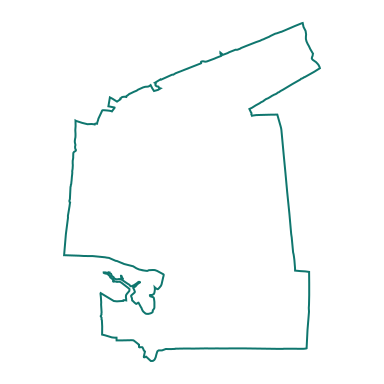 Schitu, Olt, Romania (Albers equal-area conic projection)
{"feature_id": "2599482B63035340455431", "entity_name": "Schitu", "entity_type": "district", "adm_level": 2, "iso_a3": "ROU", "parent_name": "Romania", "parent_adm1": "Olt", "projection": "albers", "projection_center": [24.557, 44.358], "detail": "fine", "context": "isolated", "style": "outline", "palette": "teal", "viewbox_px": 384, "rotation_deg": 0, "n_neighbors": 0, "source": "geoboundaries", "source_scale": "gbopen_adm2", "svg_char_len": 5858}
<svg xmlns="http://www.w3.org/2000/svg" viewBox="0 0 384 384"><path d="M309.1,271.9L305.3,271.4L300.3,271.1L295.1,270.6L295.0,267.7L294.4,260.2L294.0,257.0L293.6,254.4L293.1,252.3L291.7,237.4L291.2,234.1L289.4,213.8L287.2,192.2L285.4,172.5L283.8,155.9L281.4,130.0L281.1,128.2L280.7,126.6L277.3,114.6L270.2,114.7L258.8,115.0L256.1,115.1L252.4,115.6L252.0,115.8L251.3,114.3L251.5,113.4L251.3,112.7L250.9,112.2L249.4,109.0L251.9,107.8L255.7,105.4L259.9,103.1L260.6,102.5L263.4,101.1L264.0,100.5L266.0,99.1L268.2,98.2L271.0,96.5L271.5,96.1L273.2,95.2L274.1,94.7L275.7,94.1L277.0,93.3L277.8,92.6L279.1,92.1L280.4,91.1L283.0,89.7L292.3,84.1L300.4,79.5L301.0,78.8L302.0,78.5L303.7,77.6L304.1,77.2L304.9,77.0L314.0,71.9L319.9,68.2L319.5,66.9L319.1,66.1L318.5,64.9L317.6,63.8L316.0,62.1L312.7,59.8L311.9,58.7L311.8,58.3L312.0,57.2L312.6,55.8L312.8,54.4L313.0,53.6L312.7,53.2L310.3,49.1L308.9,46.1L307.7,44.0L306.5,41.4L305.9,39.0L305.9,36.9L306.1,34.4L305.6,31.0L303.5,26.9L303.0,24.5L302.7,23.0L301.9,23.2L294.7,26.1L281.2,31.9L280.8,31.9L276.9,33.3L275.2,33.7L270.4,36.0L269.3,36.7L265.3,38.4L263.7,39.2L261.7,39.9L260.2,40.7L256.1,42.1L246.1,46.0L240.9,48.1L240.5,48.5L237.5,49.7L236.5,49.8L235.6,49.7L229.2,52.2L227.6,53.1L223.0,54.8L220.4,52.6L220.4,53.5L221.4,55.7L221.2,55.9L216.3,57.8L214.5,58.6L207.0,61.4L205.6,61.7L205.1,61.7L203.8,61.4L203.0,61.3L202.0,61.4L201.2,61.7L201.0,62.0L201.1,63.2L200.8,63.4L175.5,73.3L173.3,74.7L172.2,74.7L171.6,74.9L161.0,79.7L160.6,79.3L154.9,82.8L155.6,83.2L155.8,83.6L155.7,84.0L155.4,84.5L155.4,84.9L155.6,85.5L156.6,86.3L158.4,86.6L158.6,86.9L158.8,87.6L159.0,87.9L160.5,88.4L158.0,89.9L154.0,91.0L152.3,88.4L150.6,85.1L149.3,86.1L148.0,86.6L145.2,86.8L143.1,87.4L138.0,89.7L136.6,90.7L133.9,91.8L129.8,93.8L129.5,93.8L127.7,95.3L126.4,96.1L126.3,96.4L126.4,96.8L126.3,97.0L124.5,96.7L122.9,96.9L121.7,97.3L121.0,98.1L120.3,98.4L120.2,98.7L120.4,99.3L117.0,101.6L112.4,98.7L109.9,97.4L108.4,106.3L114.5,107.5L114.6,107.8L111.9,111.4L111.3,111.1L109.2,110.7L106.4,110.4L103.7,110.2L102.5,110.3L102.2,110.5L101.4,112.3L98.4,118.7L98.1,120.0L97.2,122.7L97.1,123.7L95.4,123.6L94.9,123.9L94.7,124.5L93.5,124.2L91.4,124.0L87.5,124.2L82.2,122.9L76.0,120.9L75.5,120.6L75.6,126.1L75.3,130.0L75.5,133.8L75.5,136.0L75.4,137.5L75.1,138.8L74.9,140.2L74.8,141.4L74.9,142.6L75.4,144.7L75.4,145.3L75.1,146.3L75.1,147.9L75.4,149.0L75.9,149.9L75.9,150.2L75.8,150.6L75.5,151.0L74.3,151.7L73.9,152.1L73.4,152.8L73.3,153.5L73.2,156.2L73.2,157.9L72.7,160.9L72.7,163.7L72.8,164.7L72.8,165.6L72.6,168.9L72.3,170.6L72.2,171.3L72.3,172.3L72.2,174.1L71.9,176.7L71.6,180.4L71.5,181.1L71.2,184.1L70.9,184.7L70.8,186.0L70.5,186.9L69.9,199.1L69.4,200.7L69.5,201.8L69.7,202.1L70.1,202.4L69.9,203.4L69.5,206.4L68.3,213.6L67.9,215.9L68.0,217.7L65.9,234.0L64.1,255.2L79.2,255.7L83.8,256.0L93.0,256.1L105.1,257.3L106.6,257.6L109.0,257.9L115.6,260.8L116.9,261.0L124.1,264.0L133.2,266.3L136.4,268.3L139.2,269.5L142.6,270.2L142.6,270.3L146.8,270.9L147.4,270.9L148.9,270.2L153.0,270.0L154.9,270.1L157.1,270.9L163.4,274.3L163.7,274.7L163.7,275.0L163.5,276.1L163.1,277.6L161.6,284.2L161.0,285.7L159.4,287.7L158.0,289.1L157.7,289.2L156.4,288.7L155.3,287.9L154.7,287.3L154.9,289.0L154.8,290.2L154.6,291.5L154.4,292.7L153.9,293.9L152.2,295.0L150.1,295.0L149.9,295.2L150.0,295.9L150.3,296.3L153.2,297.2L153.7,297.7L154.0,298.8L154.4,301.9L154.4,305.5L154.4,307.3L154.3,308.0L154.1,308.5L153.4,309.6L152.8,310.3L152.7,311.8L152.4,312.3L151.3,313.0L150.3,313.4L148.3,313.9L146.3,313.8L145.5,313.5L143.5,311.8L142.7,310.8L142.0,309.4L141.4,307.8L140.9,307.1L138.5,302.7L138.2,302.7L136.4,303.9L136.2,303.9L134.6,302.7L132.8,300.9L132.2,300.5L131.9,298.1L131.2,296.4L131.1,295.9L131.4,295.3L132.2,294.6L134.5,292.6L134.8,292.1L134.9,291.9L134.1,289.6L133.2,287.9L133.2,287.7L135.4,286.5L136.8,284.8L138.1,283.6L140.0,282.4L140.0,282.2L139.8,282.1L139.0,281.8L138.2,282.1L136.9,283.2L134.1,285.1L131.9,286.1L130.9,286.3L130.3,286.0L129.4,284.8L127.6,283.7L122.0,279.9L122.1,279.6L122.8,279.1L122.9,278.7L122.2,277.8L121.6,276.1L121.3,275.8L121.0,275.8L121.0,276.1L121.3,278.0L121.2,278.5L120.3,279.4L119.2,279.0L117.4,279.3L116.5,279.3L115.5,279.0L114.2,278.4L113.6,277.2L111.9,276.0L111.0,273.8L109.7,273.5L109.5,273.2L109.6,272.5L108.6,272.3L108.5,273.0L108.4,273.1L105.3,272.4L103.7,272.4L103.7,272.8L104.0,273.1L105.3,273.5L107.0,273.8L107.9,274.2L108.7,275.2L109.8,276.0L110.0,276.4L110.1,277.0L110.3,277.4L111.8,278.5L113.6,280.3L113.5,280.6L113.1,280.9L113.0,281.1L113.1,281.4L113.3,281.6L113.9,281.7L114.6,281.3L117.0,281.9L119.2,281.7L120.0,281.9L120.4,282.1L121.3,282.6L127.8,287.6L129.4,288.9L129.5,289.6L129.3,291.0L127.0,293.7L126.3,294.7L126.0,295.5L125.9,297.2L126.1,298.5L126.2,300.4L125.2,300.2L123.5,300.2L123.3,300.3L123.2,300.9L117.7,301.3L116.4,301.3L113.8,301.0L100.7,293.1L100.5,293.6L100.9,297.3L101.2,302.3L101.1,304.7L101.6,312.4L101.4,313.9L101.5,314.5L101.1,315.4L100.7,316.1L101.6,317.8L101.5,319.3L101.9,320.2L102.2,326.7L102.1,334.6L105.0,335.3L111.9,337.4L114.9,337.7L116.5,337.7L116.6,340.4L121.7,340.4L131.7,340.2L133.2,340.3L133.7,340.5L138.9,344.6L138.9,345.0L139.0,345.0L139.0,347.0L139.4,347.3L139.8,347.3L140.2,347.2L142.1,347.2L142.4,347.3L142.7,347.8L143.6,349.7L143.8,350.4L144.0,350.7L144.9,351.4L145.0,351.7L144.8,352.2L143.8,356.7L143.9,357.2L144.2,357.3L144.6,357.1L144.9,357.2L145.4,356.8L145.7,356.9L146.2,356.7L150.6,360.8L150.9,361.0L152.9,360.9L154.2,360.0L154.7,359.4L155.7,357.2L156.3,354.7L157.2,351.8L157.5,351.2L157.9,350.9L158.7,350.4L162.0,350.4L165.8,349.0L170.3,349.1L175.1,348.9L175.3,348.7L186.8,348.5L192.8,348.6L206.3,348.4L211.3,348.5L216.9,348.4L221.9,348.5L232.0,348.4L244.2,348.4L280.4,348.9L283.0,348.9L283.9,348.7L303.4,348.8L304.6,348.7L306.1,348.5L306.6,348.3L307.5,330.0L309.0,311.7L308.8,307.9L309.0,304.9L309.2,295.1L309.2,283.6L309.1,271.9Z" fill="none" stroke="#0f766e" stroke-width="2"/></svg>